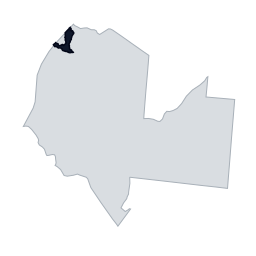 Retalhuleu, Retalhuleu, Guatemala (highlighted), rotated 95°
{"feature_id": "79465075B31149940203077", "entity_name": "Retalhuleu", "entity_type": "district", "adm_level": 2, "iso_a3": "GTM", "parent_name": "Guatemala", "parent_adm1": "Retalhuleu", "projection": "albers", "projection_center": [-91.907, 14.391], "detail": "fine", "context": "in_parent", "style": "filled", "palette": "ink", "viewbox_px": 256, "rotation_deg": 95, "n_neighbors": 0, "source": "geoboundaries", "source_scale": "gbopen_adm2", "svg_char_len": 4965}
<svg xmlns="http://www.w3.org/2000/svg" viewBox="0 0 256 256"><g transform="rotate(95 128 128)"><path d="M29.3,191.4L30.6,190.1L31.7,187.1L33.1,184.0L32.2,180.4L31.8,177.5L33.3,173.2L33.1,170.0L33.9,168.1L36.1,166.8L37.3,164.4L30.9,156.0L30.9,154.1L31.8,151.8L36.9,142.8L43.1,132.2L49.9,120.5L53.9,113.5L68.8,113.4L78.7,113.4L91.2,113.4L104.7,113.3L113.7,113.2L117.3,113.1L116.7,108.5L117.1,103.5L118.7,98.9L118.7,96.8L116.0,94.4L110.9,93.0L108.0,90.8L108.0,88.0L106.7,84.7L104.2,80.7L99.0,76.7L91.2,72.6L84.5,67.1L79.0,60.2L74.3,55.7L70.7,53.9L69.9,52.9L80.4,52.9L90.3,53.0L90.3,43.0L90.3,34.2L90.3,24.2L108.2,24.1L129.6,24.0L151.8,23.8L169.2,23.7L179.5,23.6L179.1,35.9L178.8,50.3L178.5,60.9L178.1,74.9L177.7,89.4L177.2,109.0L176.9,121.7L177.1,122.0L183.0,121.3L191.7,121.8L193.8,121.7L196.5,122.8L198.5,123.1L203.0,125.9L208.2,128.0L211.4,123.5L209.6,120.9L208.3,119.6L208.5,118.4L226.7,129.5L224.6,131.2L220.1,135.4L211.8,142.4L204.5,148.6L197.4,154.3L191.0,159.5L190.2,160.0L182.1,163.7L180.7,165.3L179.0,172.5L178.3,174.3L179.8,178.2L181.3,184.3L180.9,187.5L175.3,191.5L172.7,195.1L171.6,197.4L170.5,196.8L168.8,196.6L164.7,197.5L162.8,197.8L161.1,198.8L161.0,201.0L162.1,204.5L162.5,206.4L161.4,207.2L156.4,209.4L154.4,211.6L152.6,214.9L150.4,216.3L148.1,216.0L146.5,216.5L143.0,219.0L137.8,223.9L135.1,227.4L135.0,230.1L135.6,232.4L116.4,224.2L110.1,222.8L83.3,223.1L71.9,219.8L58.8,213.4L49.9,207.6L29.3,191.4Z" fill="#d9dde1" stroke="#a8b0b8" stroke-width="1"/><path d="M49.3,207.5L50.0,208.0L50.3,208.3L50.6,208.7L50.8,208.9L51.0,209.1L51.2,209.3L51.3,209.4L51.5,209.6L51.9,209.4L52.0,209.2L53.0,208.4L53.2,208.2L53.3,208.1L53.3,207.9L53.2,207.5L53.1,207.3L53.0,207.1L53.1,206.9L53.3,206.6L53.3,206.3L53.3,206.1L53.4,205.8L53.6,205.5L53.7,205.4L54.0,205.2L54.1,204.7L54.3,204.4L54.4,204.2L54.3,203.9L54.1,202.8L54.1,202.7L54.1,202.2L54.3,201.9L54.5,201.6L54.6,201.4L54.8,201.3L54.9,201.1L54.9,200.8L55.0,200.8L55.3,200.5L55.5,200.4L55.9,200.3L56.0,200.2L56.3,199.9L56.5,199.7L56.5,199.4L56.6,199.0L56.7,198.9L56.7,198.6L56.7,198.4L56.8,198.1L56.7,197.9L56.8,197.8L56.8,197.7L57.0,197.6L57.0,197.3L57.0,197.1L57.2,196.7L57.2,196.1L57.1,195.8L57.1,195.6L56.9,195.4L57.2,194.9L57.3,194.8L57.3,194.7L57.5,194.7L57.5,194.4L57.7,194.2L57.8,194.0L57.9,193.9L57.9,193.6L57.9,193.4L57.9,193.0L58.0,192.8L58.1,192.7L58.0,192.0L57.9,191.6L57.7,191.2L57.6,190.4L57.6,189.6L57.5,189.3L57.4,189.1L57.1,189.3L57.0,189.7L56.7,190.2L56.4,190.3L56.4,190.5L56.1,190.7L56.0,190.8L56.0,191.0L55.7,191.2L55.4,191.2L55.4,191.3L55.0,191.6L54.9,191.9L54.9,192.1L54.8,192.3L54.9,192.5L54.6,192.7L54.5,192.8L54.5,193.0L54.3,193.1L54.2,193.2L53.9,193.1L53.7,193.1L53.3,193.2L53.1,193.2L52.7,193.4L52.4,193.4L52.2,193.5L51.9,193.6L51.7,193.7L51.3,193.6L51.1,193.6L50.8,193.6L50.7,193.7L50.6,194.0L50.3,194.0L50.2,194.0L50.0,193.9L49.8,194.0L49.6,194.1L49.3,194.1L49.2,194.0L49.0,193.9L48.7,193.8L48.2,193.6L47.9,193.5L47.8,193.4L47.5,193.3L47.4,193.2L47.2,193.0L46.9,193.0L46.7,193.3L46.2,193.2L45.9,193.1L45.2,192.4L44.8,192.2L44.3,192.2L44.0,192.3L43.6,192.3L43.4,192.2L42.5,192.0L42.0,192.0L41.6,191.9L41.4,191.9L41.2,191.8L40.7,191.4L40.4,191.4L40.0,191.3L39.8,191.2L39.3,190.8L39.1,190.6L38.8,190.6L38.5,190.4L38.3,190.5L38.2,190.5L38.0,190.3L37.6,190.5L37.6,190.8L37.3,191.0L37.2,191.0L37.1,191.3L36.9,191.3L37.0,191.5L36.9,191.6L36.7,191.6L36.7,191.8L36.4,191.9L36.2,191.9L36.2,192.0L35.9,192.1L35.9,192.3L35.8,192.5L36.0,192.7L35.9,192.7L35.9,192.8L35.7,193.0L35.8,193.2L35.8,193.3L35.7,193.2L35.6,193.3L35.6,193.5L35.4,193.6L35.2,193.6L34.8,193.4L34.6,193.3L34.3,193.3L34.2,193.4L34.0,193.5L33.9,193.5L33.9,193.8L34.0,194.1L33.9,194.1L33.7,194.1L33.5,194.3L33.5,194.2L33.4,194.2L33.2,194.1L33.3,194.2L33.3,194.3L33.2,194.2L33.1,194.3L32.9,194.4L33.9,195.1L34.2,195.4L34.4,195.5L34.8,195.9L35.0,196.0L35.5,196.4L35.9,196.8L36.1,196.9L36.7,197.4L36.8,197.5L37.2,197.8L37.9,198.3L38.2,198.6L39.0,199.2L38.7,198.8L38.7,198.7L38.8,198.7L39.2,198.7L39.5,198.6L39.8,198.7L40.1,198.8L40.4,198.7L40.5,198.7L40.8,198.7L41.1,198.5L41.3,198.5L41.4,198.4L41.8,198.4L42.0,198.4L42.2,198.6L42.3,198.6L42.5,198.5L42.9,198.4L43.0,198.4L43.0,198.5L43.3,198.7L43.5,198.4L43.7,198.2L43.8,198.2L44.0,198.3L44.3,198.3L44.4,198.2L44.5,198.2L44.4,198.1L44.5,198.0L44.8,198.1L45.0,198.2L45.3,198.0L45.5,198.0L46.0,197.9L46.3,198.0L46.4,197.9L46.5,197.8L46.6,197.7L47.0,197.5L47.3,197.5L47.6,197.4L47.8,197.5L47.9,197.4L48.1,197.2L48.3,197.3L48.6,197.1L48.8,197.1L49.0,197.1L49.2,197.4L49.3,197.5L49.5,197.6L49.8,197.9L49.9,198.1L50.5,198.5L50.9,198.7L51.4,199.1L51.4,199.3L51.3,199.5L51.2,199.6L50.8,199.7L50.6,200.1L50.5,200.3L50.6,200.7L50.6,200.9L50.7,201.0L50.8,201.1L51.2,201.2L51.3,201.2L51.4,201.3L51.3,201.6L51.2,201.8L51.3,201.9L51.6,202.5L51.8,202.8L51.9,203.2L51.9,203.5L51.9,204.0L51.7,204.3L51.2,204.7L51.0,204.8L50.7,204.9L50.4,204.9L50.3,205.0L50.2,205.2L50.1,205.3L50.1,205.6L49.9,206.0L49.9,206.5L49.7,207.0L49.3,207.5Z" fill="#0f172a" stroke="#020617" stroke-width="1.5"/></g></svg>